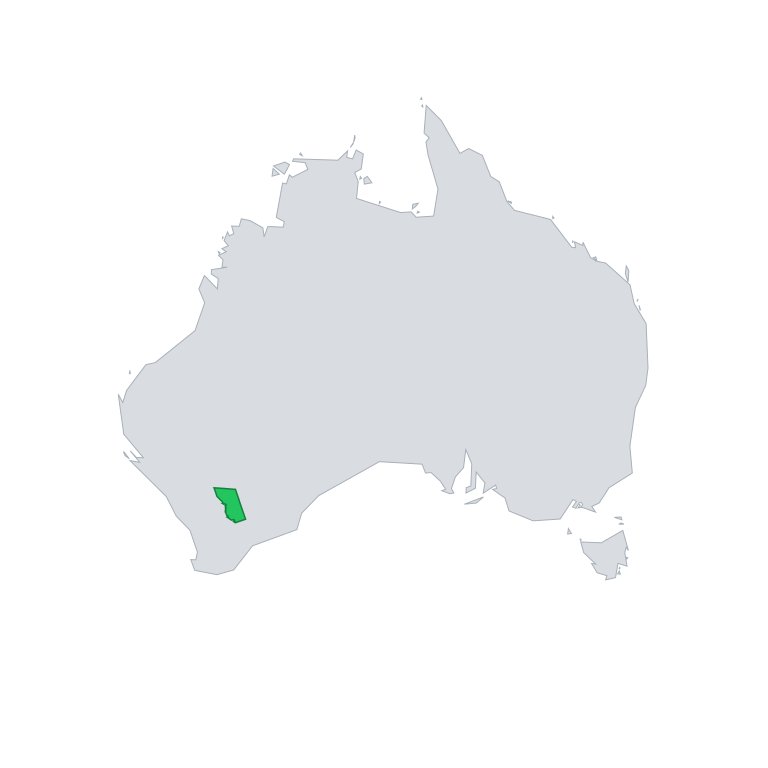 location of Yilgarn, Western Australia, Australia, rotated 341°
{"feature_id": "25037944B56581938984526", "entity_name": "Yilgarn", "entity_type": "district", "adm_level": 2, "iso_a3": "AUS", "parent_name": "Australia", "parent_adm1": "Western Australia", "projection": "robinson", "projection_center": [119.083, -30.908], "detail": "fine", "context": "in_parent", "style": "filled", "palette": "green", "viewbox_px": 768, "rotation_deg": 341, "n_neighbors": 0, "source": "geoboundaries", "source_scale": "gbopen_adm2", "svg_char_len": 6303}
<svg xmlns="http://www.w3.org/2000/svg" viewBox="0 0 768 768"><g transform="rotate(341 384 384)"><path d="M524.0,153.7L530.9,190.7L540.7,188.9L551.4,199.9L552.5,222.5L558.8,230.3L559.6,251.4L563.9,262.3L595.0,282.6L606.0,315.8L609.5,317.5L610.4,311.6L617.1,317.7L618.3,314.7L620.4,331.6L624.3,336.6L633.0,341.9L648.9,370.3L646.7,389.4L651.5,412.2L638.8,454.9L631.0,470.5L614.0,488.1L596.2,522.9L589.8,549.0L563.0,555.3L548.8,566.5L540.6,567.5L542.3,574.0L530.5,564.6L532.6,562.4L532.0,560.1L529.7,560.0L525.0,564.0L522.2,561.6L527.7,557.7L525.1,554.8L506.6,569.0L480.4,561.9L460.9,544.7L461.3,531.2L452.4,519.0L456.5,519.5L456.7,515.9L442.3,519.5L447.2,510.4L442.5,497.2L436.5,512.3L426.0,513.8L428.0,508.8L432.9,508.7L441.0,488.1L440.0,472.6L432.0,488.9L421.2,495.1L413.7,504.8L414.5,509.8L410.4,509.1L403.9,503.7L408.1,503.6L405.6,494.0L399.7,483.1L394.3,481.7L393.9,472.2L354.3,455.9L285.9,468.3L264.0,479.4L254.2,493.3L207.0,494.2L181.3,510.9L164.0,509.9L144.4,498.6L144.1,487.1L148.8,489.0L152.9,482.1L152.9,459.0L144.6,441.4L141.5,419.5L118.9,373.7L127.6,378.6L122.3,364.7L126.0,372.9L132.5,375.4L121.6,346.7L129.4,307.2L131.0,316.5L138.5,306.3L165.2,288.2L174.6,289.3L222.7,272.0L240.9,248.9L239.9,233.8L249.5,223.0L257.4,239.8L261.6,230.4L256.5,223.8L258.1,219.7L273.8,222.5L268.8,220.9L272.2,214.2L269.4,208.4L277.8,207.6L274.8,203.3L281.8,202.6L279.5,196.4L285.6,189.3L286.0,193.5L290.9,193.0L291.4,185.0L298.4,187.8L302.9,181.4L310.4,185.8L320.3,196.9L318.5,205.9L325.4,197.3L339.7,202.9L342.6,198.1L336.4,191.4L353.5,161.0L356.8,163.0L362.7,155.4L364.6,158.7L381.9,156.3L381.5,149.0L370.0,143.6L371.9,141.7L413.3,157.4L425.5,151.7L422.5,157.6L427.6,160.9L433.9,153.7L439.3,159.8L432.5,173.3L425.2,174.5L425.5,184.3L418.4,199.6L455.5,227.3L465.7,230.1L468.7,236.8L485.6,241.4L498.5,217.3L500.2,182.2L502.4,169.0L506.8,165.8L503.6,159.8L514.6,134.4L524.0,153.7ZM518.6,597.4L537.7,604.9L562.1,600.2L560.9,621.0L559.8,617.3L556.8,621.7L554.5,635.4L546.8,629.8L539.9,642.4L529.8,641.4L532.3,637.8L524.1,631.9L521.8,621.3L525.5,623.1L517.9,608.4L518.6,597.4ZM350.5,141.9L362.5,141.9L366.1,145.7L358.1,153.2L350.5,141.9ZM420.9,523.8L441.3,523.2L432.4,526.6L420.9,523.8ZM435.8,182.3L438.1,189.8L430.5,188.6L431.8,183.2L435.8,182.3ZM648.0,367.0L648.1,358.4L651.5,351.2L652.4,356.4L648.0,367.0ZM558.4,585.1L564.8,586.9L564.7,589.8L558.4,585.1ZM349.3,144.1L353.4,151.5L345.8,151.1L349.3,144.1ZM512.6,586.4L508.8,585.7L511.3,580.7L512.6,586.4ZM475.2,224.2L471.5,226.5L467.8,227.7L469.7,223.5L475.2,224.2ZM118.8,371.7L115.9,367.5L115.6,363.6L116.0,363.5L118.8,371.7ZM562.9,592.6L565.2,594.6L560.4,593.0L562.9,592.6ZM622.9,332.7L625.6,332.7L625.4,336.5L622.9,332.7ZM560.5,251.1L563.7,253.4L563.1,254.7L560.5,251.1ZM545.6,637.3L545.5,640.7L543.1,639.6L545.6,637.3ZM650.7,392.6L650.6,397.4L650.2,397.3L650.7,392.6ZM381.0,141.5L379.0,139.5L380.3,138.4L381.0,141.5ZM436.8,141.9L433.8,145.7L437.4,139.1L436.8,141.9ZM651.6,386.9L650.1,388.5L651.1,386.8L651.6,386.9ZM440.0,211.0L438.3,211.8L439.2,210.0L440.0,211.0ZM429.8,182.1L427.8,182.5L429.1,180.1L429.8,182.1ZM148.1,288.4L147.5,291.5L146.6,291.3L148.1,288.4ZM511.1,132.6L511.0,135.2L510.2,133.4L511.1,132.6ZM529.6,561.2L529.9,562.8L529.3,562.3L529.6,561.2ZM433.1,146.8L429.1,149.4L433.2,146.1L433.1,146.8ZM279.8,192.7L278.3,194.5L279.3,192.4L279.8,192.7ZM547.4,634.8L546.0,635.5L546.9,634.2L547.4,634.8ZM473.2,233.2L471.0,233.1L472.2,231.6L473.2,233.2ZM271.7,206.3L270.6,207.3L270.5,204.9L271.7,206.3ZM557.9,627.7L556.0,628.7L556.8,626.8L557.9,627.7ZM512.7,125.6L512.4,127.4L511.2,126.5L512.7,125.6ZM528.4,563.4L530.0,564.9L527.1,564.4L528.4,563.4ZM598.8,282.4L597.4,282.5L598.1,280.5L598.8,282.4ZM609.2,311.3L608.4,311.4L609.1,309.8L609.2,311.3ZM519.7,594.9L519.1,596.2L518.8,594.6L519.7,594.9Z" fill="#d9dde1" stroke="#a8b0b8" stroke-width="1"/><path d="M209.2,435.2L208.8,435.1L207.4,434.5L203.0,432.6L202.7,432.4L201.5,431.9L201.4,431.9L199.9,431.2L199.0,430.8L198.3,430.5L197.0,430.0L196.8,429.9L196.6,429.8L196.2,429.7L195.9,429.5L195.5,429.4L195.4,429.3L195.2,429.2L194.8,429.0L194.5,428.9L194.2,428.8L194.1,428.7L193.9,428.6L193.7,428.6L193.2,428.4L192.7,428.1L192.3,428.0L192.0,427.9L191.8,427.8L191.6,427.7L191.3,427.6L191.0,427.4L190.8,427.4L190.7,427.3L190.4,427.2L190.2,427.1L189.8,426.9L189.5,426.8L189.4,426.8L189.5,427.1L189.5,428.5L189.5,429.1L189.5,430.2L189.5,431.2L189.5,431.8L189.5,432.5L189.5,433.2L189.5,435.0L189.5,435.9L191.4,439.9L191.9,440.9L192.7,442.5L192.7,443.3L192.7,443.9L193.0,443.9L193.0,444.1L193.0,444.5L192.8,444.5L193.1,444.7L193.1,444.9L193.1,445.0L193.1,445.3L193.6,445.3L194.1,445.4L194.1,445.5L194.3,445.5L194.6,445.7L194.9,445.8L194.8,446.0L195.0,446.1L195.0,446.4L195.2,446.6L195.3,446.9L195.4,447.1L195.2,447.2L194.9,447.2L194.9,447.6L194.5,447.7L194.1,447.6L194.1,448.3L194.3,448.5L194.3,449.0L194.2,449.0L194.2,449.4L193.9,449.4L193.9,449.8L194.0,449.8L194.0,450.1L193.6,450.1L193.6,450.5L193.5,451.0L193.5,451.6L193.1,451.6L193.0,451.9L193.0,452.0L192.8,452.0L192.7,452.0L192.5,452.4L192.5,452.5L192.5,452.9L192.6,453.1L192.5,453.3L192.8,453.3L192.8,453.5L192.5,453.7L192.5,454.2L192.6,454.3L192.5,454.5L192.5,454.8L192.5,455.7L192.6,456.8L192.7,457.8L193.0,457.8L193.4,457.8L193.4,458.4L193.4,458.7L193.4,459.0L193.0,459.0L192.5,459.0L192.9,459.4L192.9,459.5L193.0,459.6L193.2,459.9L193.4,460.2L193.6,460.4L193.6,460.5L193.9,461.0L194.0,461.0L194.1,461.3L194.3,461.5L194.5,461.8L194.6,462.0L194.8,462.2L194.9,462.4L195.1,462.5L195.3,462.7L195.4,462.8L195.6,463.1L196.5,463.2L196.9,463.1L197.0,463.1L197.1,463.3L197.3,463.3L197.3,463.2L197.5,463.2L197.7,463.5L197.7,463.9L197.8,463.9L198.2,463.9L198.2,464.9L198.3,464.9L198.3,465.2L198.0,465.2L197.7,465.2L197.4,465.2L197.1,465.2L197.7,466.0L197.8,466.2L197.9,466.4L198.1,466.6L198.3,466.8L199.2,466.8L202.4,466.8L203.4,466.8L203.9,466.8L204.1,466.8L205.1,466.8L205.5,466.8L209.1,466.8L209.1,464.3L209.1,461.6L209.1,461.4L209.1,461.1L209.1,460.3L209.1,460.2L209.1,459.7L209.1,458.9L209.1,458.2L209.1,457.3L209.1,456.5L209.1,456.4L209.1,455.7L209.1,455.4L209.1,455.2L209.1,454.8L209.1,454.6L209.1,454.0L209.1,453.8L209.1,453.7L209.1,453.4L209.1,453.1L209.1,452.9L209.1,452.7L209.1,452.4L209.1,451.6L209.1,447.7L209.2,446.2L209.2,444.2L209.2,442.1L209.2,440.1L209.2,438.9L209.2,436.7L209.2,435.2Z" fill="#22c55e" stroke="#15803d" stroke-width="1.5"/></g></svg>